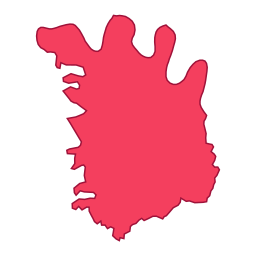 the district of Machadinho, Rio Grande do Sul, Brazil
{"feature_id": "56859067B5606080296655", "entity_name": "Machadinho", "entity_type": "district", "adm_level": 2, "iso_a3": "BRA", "parent_name": "Brazil", "parent_adm1": "Rio Grande do Sul", "projection": "equal_earth", "projection_center": [-51.684, -27.589], "detail": "fine", "context": "isolated", "style": "filled", "palette": "rose", "viewbox_px": 256, "rotation_deg": 0, "n_neighbors": 0, "source": "geoboundaries", "source_scale": "gbopen_adm2", "svg_char_len": 2967}
<svg xmlns="http://www.w3.org/2000/svg" viewBox="0 0 256 256"><path d="M113.5,15.4L111.9,18.4L110.1,20.4L108.1,23.6L106.3,27.4L105.1,31.5L104.2,34.6L103.5,37.5L103.0,41.4L102.3,45.3L101.1,49.2L98.2,51.3L95.8,51.3L93.7,50.7L91.3,49.2L89.6,47.3L87.5,44.4L85.1,41.1L83.9,38.2L82.3,35.2L80.8,32.5L79.3,30.0L77.0,27.4L75.3,25.5L73.1,24.3L70.0,24.1L66.3,24.7L63.2,25.5L60.1,26.3L56.7,27.6L53.9,28.4L51.7,28.9L49.5,28.9L46.5,28.2L43.1,27.4L40.8,27.4L38.5,28.9L37.2,31.4L36.6,36.0L37.0,40.3L38.2,44.4L40.7,47.6L44.2,49.5L47.3,52.2L50.4,51.9L54.8,52.5L56.8,55.9L55.8,65.1L57.2,67.6L59.9,68.3L60.9,62.7L66.2,64.9L76.2,65.0L79.1,65.9L83.2,67.2L85.7,74.9L82.9,76.7L78.4,75.9L71.0,73.7L63.1,77.8L63.5,81.4L68.7,83.2L77.4,81.8L79.6,85.1L79.1,88.4L76.6,89.1L70.5,86.9L63.1,91.0L69.4,98.9L70.9,101.0L73.9,102.7L76.6,103.2L80.7,106.4L86.5,110.7L83.7,113.7L79.3,115.6L75.7,117.0L67.3,118.5L70.1,122.9L81.4,141.8L80.5,145.3L78.3,147.3L69.5,149.0L66.8,150.3L67.4,153.6L75.5,154.1L74.7,158.4L74.8,163.6L71.4,168.5L74.4,169.3L81.5,165.4L83.7,165.0L85.3,167.1L84.3,175.5L85.7,181.9L79.7,183.5L74.0,188.2L74.4,192.7L76.1,195.2L80.2,190.8L84.3,191.9L93.5,192.4L96.0,194.9L94.7,198.4L90.1,198.2L84.7,199.4L79.1,199.0L72.2,203.6L72.4,208.2L75.8,209.5L78.7,206.4L82.0,209.9L86.7,207.1L89.1,207.2L89.2,211.1L91.2,215.1L93.0,218.4L94.5,221.6L97.2,223.8L100.8,221.1L101.6,225.1L105.1,225.1L107.5,228.6L110.7,226.8L113.9,228.4L113.3,232.3L112.7,235.7L116.1,238.9L119.3,240.6L120.1,237.7L123.9,238.6L124.3,234.0L129.8,231.2L130.4,226.5L132.5,224.6L136.0,223.4L139.1,220.0L141.7,218.4L144.1,220.5L147.4,219.0L152.8,216.3L156.4,216.2L162.7,218.9L164.2,216.6L166.4,215.7L173.3,207.7L178.1,205.2L180.2,202.3L180.9,198.1L186.2,201.3L189.4,200.9L194.8,202.7L203.1,202.3L206.6,201.7L207.2,198.1L209.7,195.7L210.9,190.9L212.8,188.4L213.7,184.6L215.1,182.0L214.7,178.0L216.9,175.4L219.4,169.8L217.8,167.1L214.6,167.1L212.4,164.5L214.7,160.3L215.7,156.4L214.2,154.1L211.1,151.6L213.5,146.9L212.0,144.5L209.4,144.0L206.1,143.2L205.7,137.9L206.1,133.6L204.9,128.6L203.8,124.2L204.0,121.2L205.5,118.7L206.6,115.4L203.9,111.8L201.2,107.5L200.0,104.2L200.0,101.0L200.6,98.0L201.6,94.9L203.0,91.6L204.1,87.3L205.0,83.7L205.6,80.5L206.2,76.2L206.9,71.3L207.2,67.3L206.5,63.4L205.0,61.1L202.6,60.2L199.9,60.2L195.9,61.7L193.1,64.2L190.2,67.6L187.6,72.1L186.0,76.2L184.0,79.6L181.9,81.4L179.5,83.2L176.4,84.4L173.3,84.4L170.0,83.1L167.2,80.3L166.0,76.7L166.0,71.8L166.6,67.6L167.3,64.8L168.5,61.7L169.3,58.9L170.6,55.7L172.4,50.5L173.6,46.0L174.7,42.2L175.4,38.8L175.1,34.9L173.3,31.4L170.4,28.7L167.9,26.8L166.0,25.0L162.9,26.0L160.0,27.4L157.6,29.5L156.1,32.0L155.3,34.9L154.8,37.7L154.7,41.9L155.1,46.6L155.1,51.4L153.6,55.1L150.8,57.5L148.1,57.7L145.7,57.3L143.5,56.4L141.3,55.1L139.0,53.0L136.6,50.1L134.6,47.8L132.5,44.9L131.5,41.6L132.3,38.0L134.1,34.6L135.0,30.0L134.4,25.0L132.2,21.2L129.0,18.5L125.5,16.5L122.1,15.8L119.6,15.5L116.5,15.9L113.5,15.4Z" fill="#f43f5e" stroke="#9f1239" stroke-width="1.5"/></svg>